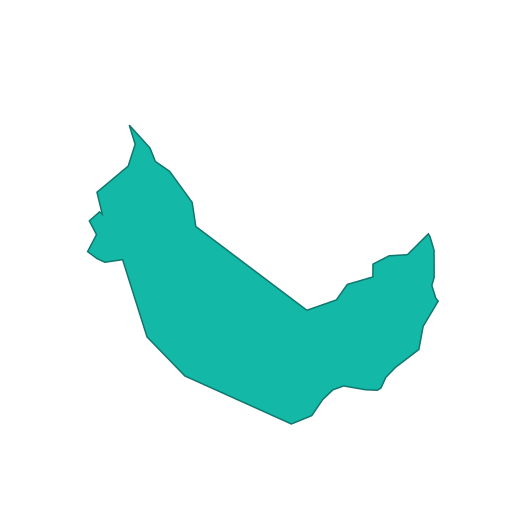 Chowan, North Carolina, United States of America (Robinson projection), rotated 314°
{"feature_id": "52423323B33793433125252", "entity_name": "Chowan", "entity_type": "district", "adm_level": 2, "iso_a3": "USA", "parent_name": "United States of America", "parent_adm1": "North Carolina", "projection": "robinson", "projection_center": [-76.579, 36.178], "detail": "fine", "context": "isolated", "style": "filled", "palette": "teal", "viewbox_px": 512, "rotation_deg": 314, "n_neighbors": 0, "source": "geoboundaries", "source_scale": "gbopen_adm2", "svg_char_len": 744}
<svg xmlns="http://www.w3.org/2000/svg" viewBox="0 0 512 512"><g transform="rotate(314 256 256)"><path d="M142.2,131.8L143.7,143.5L146.5,151.6L160.7,162.6L122.1,233.8L120.3,288.2L159.7,398.1L180.0,407.0L198.9,403.7L213.2,404.3L223.4,409.3L235.8,427.6L243.7,436.5L247.8,437.6L258.9,433.7L272.8,433.7L301.9,438.1L321.5,425.1L350.1,418.4L350.6,414.5L357.0,402.9L364.4,399.0L383.8,380.1L390.7,367.9L391.7,364.6L362.1,364.0L348.6,351.6L331.4,345.8L322.1,354.6L299.0,341.4L280.2,344.3L252.3,330.3L235.4,192.2L250.2,172.9L256.9,135.1L254.1,117.9L260.0,104.9L262.1,73.9L252.4,91.5L231.9,101.6L191.4,97.3L179.2,116.5L179.0,112.7L178.8,112.7L178.7,112.8L165.5,111.7L160.6,126.4L142.2,131.8Z" fill="#14b8a6" stroke="#0f766e" stroke-width="1.5"/></g></svg>